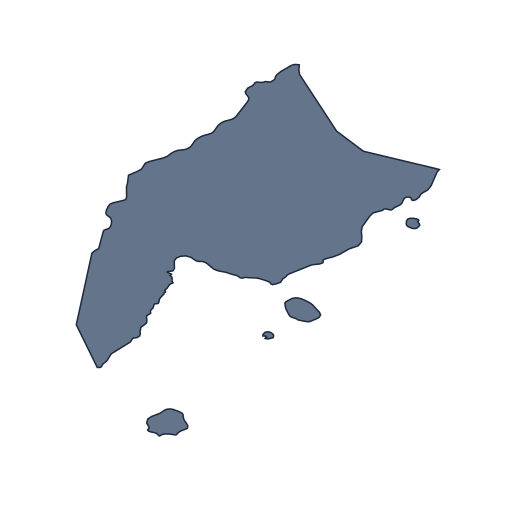 map outline of Madang (Equal Earth projection), rotated 102°
{"feature_id": "PNG-1240", "entity_name": "Madang", "entity_type": "Province", "adm_level": 1, "iso_a3": "PNG", "parent_name": "Papua New Guinea", "parent_adm1": "", "projection": "equal_earth", "projection_center": [145.623, -4.997], "detail": "fine", "context": "isolated", "style": "filled", "palette": "slate", "viewbox_px": 512, "rotation_deg": 102, "n_neighbors": 0, "source": "natural_earth", "source_scale": "10m", "svg_char_len": 4311}
<svg xmlns="http://www.w3.org/2000/svg" viewBox="0 0 512 512"><g transform="rotate(102 256 256)"><path d="M133.3,94.5L134.4,95.3L136.2,96.3L151.1,99.4L155.8,101.8L159.0,105.5L161.1,107.5L164.7,108.8L167.6,111.2L168.2,112.1L168.3,112.6L168.6,112.9L168.9,113.4L169.0,114.4L168.7,115.5L167.2,116.3L166.6,117.2L166.6,119.1L167.3,121.3L168.8,123.0L174.1,124.3L176.1,125.7L179.7,130.4L182.4,132.7L183.0,133.7L183.0,139.6L183.4,140.4L185.1,141.8L189.5,150.4L192.8,152.7L205.2,158.2L209.9,158.1L215.1,156.5L220.2,155.7L224.8,158.2L229.7,166.4L237.1,174.7L241.4,181.4L242.4,183.9L245.0,188.5L246.1,189.5L247.1,189.4L247.9,189.0L248.6,189.1L250.5,191.9L253.0,199.5L266.1,219.1L267.9,221.3L270.2,222.6L272.1,224.3L272.5,224.9L276.6,226.5L277.6,228.0L279.4,231.1L280.6,234.1L280.3,235.4L278.9,236.9L278.1,240.4L277.4,247.7L277.5,251.5L278.7,258.1L279.0,261.3L279.3,262.3L280.4,264.5L280.6,265.9L280.5,267.2L279.6,269.1L279.0,270.9L279.1,271.3L278.8,277.1L278.3,280.6L278.2,282.3L278.4,289.2L278.1,292.1L277.4,295.1L273.1,303.2L272.5,306.7L272.6,308.0L273.2,310.5L273.3,312.3L273.0,314.2L270.8,319.4L270.5,324.6L271.9,329.6L274.4,333.4L277.8,334.9L285.0,333.2L287.9,334.2L289.6,339.3L290.4,339.3L290.6,338.2L291.1,336.1L291.3,334.9L292.1,335.3L292.4,335.5L292.9,336.0L294.3,333.7L296.1,333.2L297.9,333.0L299.5,331.5L301.6,334.4L303.6,335.4L305.8,336.2L308.5,338.2L309.4,337.2L310.0,337.0L310.4,337.5L310.9,338.2L312.2,338.1L316.3,340.6L318.4,341.5L321.3,341.4L322.7,341.8L323.3,343.2L323.8,345.1L325.2,345.7L328.2,345.9L330.5,347.4L331.7,347.9L333.9,347.1L335.0,348.1L336.2,349.5L337.2,350.4L338.5,350.4L341.0,349.5L342.6,349.2L344.0,349.2L344.9,349.6L347.1,351.4L347.9,352.2L349.0,353.3L350.3,353.9L351.8,353.7L351.1,353.7L353.7,353.7L356.1,353.0L358.3,353.1L360.5,355.3L361.1,356.8L361.6,358.4L362.3,359.7L365.2,360.5L366.6,361.4L381.7,377.2L389.6,380.1L393.7,383.4L396.4,384.2L397.4,385.1L398.0,388.1L397.5,388.5L360.6,417.5L287.3,417.1L283.9,414.4L281.4,411.4L279.7,411.4L279.3,411.3L263.7,410.5L262.6,410.1L261.6,409.0L259.9,406.0L258.6,405.0L256.2,404.3L253.9,404.2L251.0,404.8L249.4,405.9L248.3,407.4L247.6,409.2L246.5,411.1L244.9,411.8L242.4,411.9L238.4,410.9L235.8,409.7L233.8,407.1L228.8,396.5L227.2,395.0L225.3,394.8L215.3,397.1L212.3,396.8L203.4,397.5L198.1,389.9L194.8,386.1L188.1,383.5L185.7,379.9L179.1,366.6L176.9,363.5L173.1,360.2L170.6,357.3L168.9,354.4L166.6,347.6L166.1,346.7L165.3,345.4L164.0,343.9L162.4,342.5L155.7,339.6L153.3,337.7L150.5,334.5L148.4,331.1L146.7,327.6L145.1,325.0L143.0,323.2L136.1,320.2L132.8,317.5L130.8,314.9L127.9,309.1L126.3,306.8L124.2,304.8L106.7,296.3L104.6,295.7L102.9,295.9L101.1,297.5L99.7,299.3L98.2,300.4L97.5,300.7L93.4,298.9L90.0,294.8L88.0,293.5L86.8,293.1L86.2,292.4L85.8,291.7L85.6,290.9L85.3,287.9L84.6,285.0L83.6,283.5L83.3,282.5L83.2,281.4L83.2,280.4L83.0,278.9L82.7,278.0L82.4,277.5L79.8,274.8L79.4,274.5L78.9,274.3L76.8,274.3L76.1,274.1L74.3,273.3L70.4,270.1L63.1,262.1L61.6,260.1L60.8,258.6L60.6,257.8L60.3,256.5L60.0,253.4L65.1,252.7L69.4,251.1L117.1,203.1L131.2,172.7L133.2,94.9L133.3,94.5ZM447.9,300.0L448.2,303.9L448.9,307.7L450.2,310.8L452.0,312.8L452.0,313.8L450.2,316.3L449.9,319.4L450.0,322.5L449.5,324.9L448.6,325.9L447.9,325.6L447.2,325.0L446.3,324.9L445.0,325.6L442.2,328.2L438.0,328.0L434.7,324.8L429.8,317.2L425.3,312.8L424.1,310.5L423.4,308.0L423.3,305.2L424.1,299.5L425.0,295.8L426.1,294.5L430.6,292.8L432.4,291.2L434.2,289.1L436.3,287.4L438.9,287.3L443.0,293.4L444.7,295.1L447.5,296.8L447.8,297.7L447.9,300.0ZM302.8,181.4L304.5,183.3L308.9,189.6L309.6,192.0L309.8,196.1L309.8,201.7L309.2,202.9L308.8,204.7L308.5,208.3L307.9,210.1L306.6,211.6L302.2,215.3L299.0,217.0L295.9,218.0L294.2,217.0L290.3,212.2L289.6,211.0L288.7,208.6L288.3,206.0L288.4,203.2L288.9,200.0L290.7,193.3L292.0,190.5L297.9,182.2L300.2,180.6L302.8,181.4ZM192.9,102.8L195.0,104.1L196.1,106.0L196.5,108.5L196.1,111.5L195.4,114.0L194.3,115.3L192.5,115.9L190.0,116.0L188.0,115.0L186.9,112.6L186.4,109.5L186.3,106.6L186.7,104.6L187.6,104.2L188.5,104.6L188.8,105.0L190.8,102.7L191.7,102.2L192.9,102.8ZM327.5,228.2L327.8,225.7L328.6,223.5L330.1,222.2L332.3,222.2L334.1,225.8L334.7,227.6L334.8,229.9L333.9,229.5L333.2,228.7L333.0,229.4L333.0,229.7L332.9,229.9L332.3,229.9L332.8,232.7L331.0,232.8L328.6,231.1L327.5,228.2Z" fill="#64748b" stroke="#1e293b" stroke-width="1.5"/></g></svg>